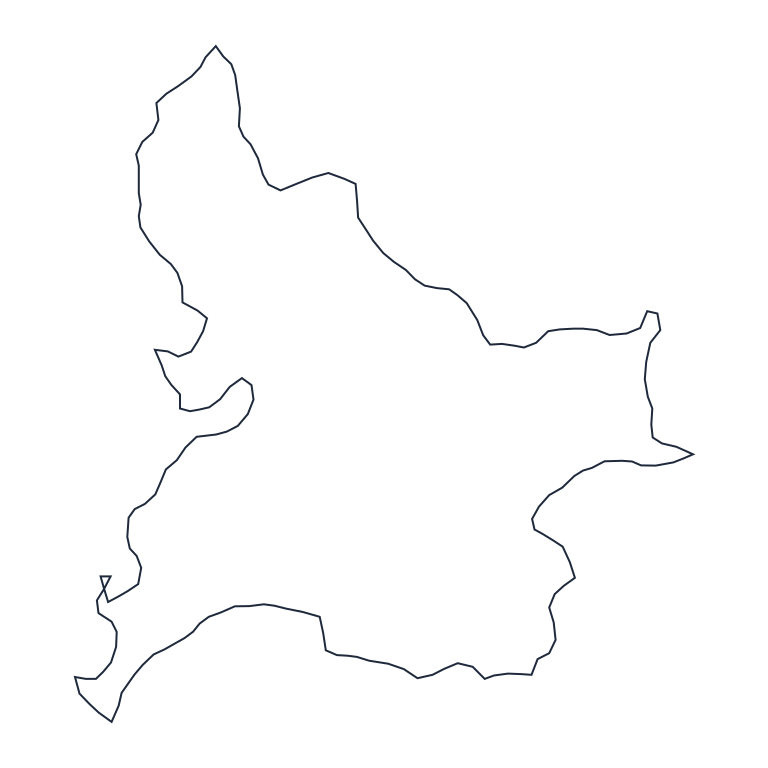 Cordislândia, Minas Gerais, Brazil (Robinson projection)
{"feature_id": "56859067B95585919625672", "entity_name": "Cordislândia", "entity_type": "district", "adm_level": 2, "iso_a3": "BRA", "parent_name": "Brazil", "parent_adm1": "Minas Gerais", "projection": "robinson", "projection_center": [-45.671, -21.77], "detail": "fine", "context": "isolated", "style": "outline", "palette": "slate", "viewbox_px": 768, "rotation_deg": 0, "n_neighbors": 0, "source": "geoboundaries", "source_scale": "gbopen_adm2", "svg_char_len": 2606}
<svg xmlns="http://www.w3.org/2000/svg" viewBox="0 0 768 768"><path d="M104.1,588.9L96.9,600.4L98.5,613.1L111.6,621.7L116.7,631.9L116.1,646.9L111.0,662.5L103.2,671.8L95.9,678.9L85.9,678.9L75.0,677.0L79.5,693.6L89.5,704.0L98.7,712.6L111.6,721.9L118.7,705.6L121.6,692.9L128.6,682.9L134.7,674.3L142.8,664.8L153.7,654.4L164.5,649.4L174.9,643.5L184.5,638.1L193.1,631.7L199.6,623.6L208.8,616.8L220.7,612.5L234.9,606.3L249.4,606.1L263.9,604.3L274.4,605.7L286.0,608.6L302.9,612.0L319.7,616.8L323.2,633.1L325.8,650.3L336.9,655.1L347.5,655.7L356.9,656.9L369.1,660.7L388.1,663.7L403.8,669.1L417.5,678.2L432.6,674.8L444.1,668.9L457.7,663.2L472.7,666.8L484.7,678.9L493.9,675.5L508.0,673.6L521.0,674.1L531.5,674.8L537.6,659.1L549.2,653.2L555.6,639.9L553.7,622.4L549.2,607.5L554.7,594.1L563.7,585.9L574.9,577.8L569.8,562.1L562.7,546.7L553.1,540.4L542.7,534.0L534.5,529.5L532.1,518.9L539.0,506.6L549.2,495.1L562.3,487.6L574.3,476.0L582.9,470.6L591.9,467.9L604.5,461.3L622.1,460.8L632.1,461.5L641.1,465.4L655.8,465.6L673.4,462.4L683.1,458.6L693.0,454.3L676.4,446.8L661.9,443.4L652.7,437.5L651.3,424.6L652.3,408.5L647.8,396.7L644.8,379.2L646.2,362.0L650.3,342.8L660.3,330.1L657.4,313.5L647.2,311.2L640.2,328.0L626.6,333.5L609.6,335.0L596.8,330.1L583.3,328.7L572.7,328.7L559.8,329.4L548.2,331.2L536.1,342.8L523.9,347.5L514.5,345.7L502.0,343.9L490.2,344.6L483.2,335.3L477.3,320.1L466.7,303.1L457.1,294.9L449.1,289.3L436.9,288.1L424.6,285.6L415.0,279.3L405.9,270.0L393.8,261.8L383.2,253.0L373.2,240.8L365.0,228.1L358.1,217.6L357.1,201.3L355.6,183.9L344.0,178.7L328.3,173.0L312.3,177.5L298.1,183.2L280.5,190.4L268.5,184.6L262.9,174.6L258.0,158.3L250.5,144.2L243.5,136.7L238.9,126.3L239.9,108.2L237.2,89.6L235.2,75.1L231.3,64.2L223.3,56.5L215.8,46.1L205.6,57.2L200.5,66.9L191.5,76.4L178.0,86.2L166.4,93.7L156.4,103.0L158.4,120.0L152.7,132.7L142.3,141.9L136.2,154.2L138.8,165.7L138.8,180.5L138.8,193.2L140.7,204.7L138.8,216.1L140.4,227.4L149.2,241.4L159.8,254.8L170.9,264.1L177.4,272.9L182.1,286.3L182.5,302.4L197.6,310.6L207.0,318.3L203.1,331.2L197.2,342.1L191.1,351.6L178.4,356.6L167.8,351.4L154.9,349.8L161.7,365.4L165.3,376.3L171.5,385.1L180.0,394.4L180.0,408.5L190.0,411.2L199.2,409.6L209.2,407.3L220.1,399.2L229.7,386.9L241.9,378.1L251.5,385.1L253.5,399.6L247.8,414.1L237.8,425.9L226.8,431.6L216.2,434.5L196.6,436.8L185.5,447.5L176.8,460.2L165.9,469.4L160.8,481.7L155.3,494.4L144.9,503.9L134.7,509.1L128.6,517.7L127.3,537.0L129.8,548.5L136.7,556.0L141.2,567.8L138.2,584.1L127.7,591.1L118.6,596.4L108.1,602.0L104.1,588.9ZM104.1,588.9L110.6,576.4L100.6,576.4L104.1,588.9Z" fill="none" stroke="#1e293b" stroke-width="2"/></svg>